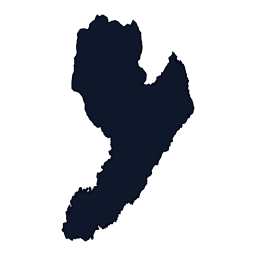 Patía, Cauca, Colombia (Equal Earth projection)
{"feature_id": "7082276B46133695651434", "entity_name": "Patía", "entity_type": "district", "adm_level": 2, "iso_a3": "COL", "parent_name": "Colombia", "parent_adm1": "Cauca", "projection": "equal_earth", "projection_center": [-77.047, 2.133], "detail": "fine", "context": "isolated", "style": "filled", "palette": "ink", "viewbox_px": 256, "rotation_deg": 0, "n_neighbors": 0, "source": "geoboundaries", "source_scale": "gbopen_adm2", "svg_char_len": 5751}
<svg xmlns="http://www.w3.org/2000/svg" viewBox="0 0 256 256"><path d="M72.2,88.4L74.4,90.7L76.9,91.1L79.7,92.5L83.0,96.8L84.0,100.8L85.2,103.2L85.6,105.1L85.3,106.3L85.3,109.1L85.8,110.6L87.2,113.1L87.1,114.1L87.7,115.2L88.4,115.5L89.2,117.6L90.8,120.0L92.2,121.1L92.8,122.2L93.6,122.5L94.2,124.5L95.7,125.3L97.4,127.0L98.5,127.0L100.1,126.3L101.4,127.0L101.6,128.5L102.2,129.5L102.2,130.8L103.7,131.7L104.4,134.3L105.1,135.0L105.8,134.9L106.1,136.4L107.5,136.5L108.2,137.5L110.0,136.8L111.8,137.4L111.0,139.3L111.5,141.3L111.2,143.2L111.4,143.8L110.9,144.6L111.7,144.9L111.5,146.7L112.1,146.9L112.3,148.0L112.3,149.2L111.5,149.9L111.1,151.7L110.6,151.9L110.0,151.1L109.2,151.7L110.1,154.5L112.1,155.8L111.8,157.1L111.2,157.7L110.9,159.5L110.2,160.2L109.0,159.5L108.1,160.8L104.9,163.0L103.8,166.3L103.2,166.6L101.9,166.4L101.9,167.6L103.6,169.2L103.6,170.0L103.0,171.3L101.6,171.9L99.2,173.8L98.0,173.1L97.7,173.3L97.1,177.1L98.3,178.8L97.1,184.2L97.8,186.0L97.5,186.7L94.5,187.0L94.0,188.7L92.8,190.0L92.7,191.5L92.3,192.0L90.8,191.0L90.5,187.9L90.0,187.5L89.4,188.4L90.1,190.6L89.2,191.4L88.7,193.0L87.3,192.7L86.5,191.5L86.6,190.3L87.9,189.0L87.7,188.3L87.0,188.3L86.6,189.7L85.8,190.0L84.2,189.5L83.6,189.7L82.9,191.5L82.3,191.9L81.5,191.1L81.4,188.4L80.9,187.9L80.2,187.9L79.6,188.5L78.7,192.0L78.2,192.4L76.9,192.1L75.3,193.5L75.2,194.7L75.8,196.0L75.5,197.1L75.0,197.2L74.8,196.6L74.0,196.2L73.2,196.5L72.6,197.5L72.1,199.6L70.9,200.9L70.8,202.3L72.5,206.2L71.3,207.7L70.4,208.0L69.9,207.5L69.8,205.6L69.2,206.1L67.9,208.9L67.8,209.8L68.2,210.7L69.3,211.4L69.6,212.2L69.5,212.6L68.0,212.4L66.9,211.6L66.5,211.7L66.3,213.6L67.0,215.2L66.8,218.7L67.4,220.3L67.4,221.8L67.2,222.4L65.9,223.2L64.6,223.2L63.6,223.8L63.6,228.1L62.3,229.8L63.2,231.3L64.6,232.0L64.9,234.2L66.5,238.1L67.2,238.1L68.2,237.3L72.0,240.0L72.4,239.9L72.9,238.5L73.7,238.1L74.8,237.9L75.2,238.5L75.9,238.4L76.7,237.0L78.1,238.0L81.1,237.0L81.8,238.1L82.7,238.4L84.9,240.4L86.0,240.6L87.9,239.1L88.7,239.0L89.0,238.3L88.9,237.3L90.3,236.7L91.0,236.8L91.9,238.7L92.5,238.8L92.9,238.0L92.6,235.8L92.9,234.4L94.9,229.9L96.1,228.9L97.1,229.4L98.4,229.0L98.3,228.4L96.9,226.7L97.7,225.9L98.1,224.5L99.5,224.7L100.2,226.6L101.8,227.3L102.9,228.6L103.8,227.9L105.0,227.8L105.9,224.6L106.5,224.8L106.9,226.6L107.4,226.0L107.5,224.8L109.3,224.5L109.4,222.9L111.9,223.6L112.5,223.1L113.0,221.7L113.4,221.4L114.9,220.8L115.6,221.3L115.8,220.0L116.8,219.4L116.5,218.0L117.9,216.0L117.7,214.8L117.9,213.7L119.2,213.3L119.8,213.5L120.0,212.9L119.9,210.9L121.0,210.0L121.4,210.1L121.8,209.5L122.2,209.6L123.5,205.5L124.8,204.9L125.3,204.0L125.5,201.9L126.2,202.1L127.1,203.1L128.5,201.9L129.1,201.8L130.9,203.7L132.1,201.7L132.5,203.3L134.2,199.8L135.7,199.1L136.9,197.5L137.0,196.5L137.8,196.3L138.2,197.4L138.5,197.3L139.4,193.6L140.3,191.9L141.7,189.8L143.4,188.9L144.7,185.7L146.5,183.6L146.6,183.0L146.1,182.6L146.7,180.9L146.4,178.7L146.5,177.3L147.6,177.0L148.5,175.8L149.7,175.6L151.2,173.8L151.4,173.2L150.9,169.7L152.0,168.6L152.5,167.3L154.9,164.2L156.7,164.6L157.6,164.2L158.2,160.9L160.7,156.8L161.2,154.7L162.0,152.8L163.9,150.8L165.4,151.2L167.9,150.0L168.3,148.7L168.2,147.3L168.8,145.8L169.6,145.6L169.9,145.0L169.9,142.7L170.5,142.0L172.3,141.1L171.9,139.2L172.1,137.9L172.5,137.0L173.1,136.6L173.6,134.8L174.7,134.4L176.6,130.5L179.0,129.0L179.3,128.4L179.2,127.3L179.8,126.6L181.2,127.2L181.9,125.7L181.5,124.5L181.8,123.4L184.6,122.9L186.2,120.7L186.7,118.9L187.6,118.0L188.0,117.1L189.0,117.3L189.5,115.9L188.6,115.7L188.5,115.1L190.7,114.3L192.5,112.9L193.7,107.7L192.8,105.4L192.5,102.8L192.0,101.9L191.7,100.4L190.9,99.1L190.1,98.8L190.1,97.7L189.7,97.6L189.4,96.8L189.3,94.8L188.4,93.8L188.7,90.7L188.3,90.5L187.8,91.2L187.8,89.5L187.2,89.5L187.3,87.5L187.6,87.5L187.7,87.0L187.4,86.8L186.8,87.1L186.6,86.7L186.7,86.2L187.1,86.5L187.9,85.8L187.2,83.4L188.2,81.5L188.2,80.6L187.6,80.5L187.7,79.8L187.3,79.2L187.4,78.3L186.5,77.9L186.1,76.7L186.2,76.1L186.0,75.4L186.3,74.2L185.5,73.6L185.0,70.2L184.4,69.6L184.6,68.4L184.0,67.2L184.2,66.8L183.5,65.9L183.1,64.7L182.4,64.9L181.7,63.4L181.4,63.7L181.2,62.4L180.8,62.5L180.7,63.6L180.4,63.6L180.3,61.4L179.2,62.5L179.0,61.8L178.5,61.8L178.6,61.1L177.7,60.6L177.2,61.6L176.7,60.6L176.2,60.6L176.3,59.8L175.7,60.1L175.7,59.3L175.2,58.8L176.0,58.4L176.5,56.6L175.4,55.7L173.6,53.0L172.9,52.5L172.8,54.2L172.3,55.1L170.9,56.7L169.2,57.8L169.2,58.8L170.1,61.7L169.8,62.6L168.1,64.1L167.6,65.8L166.2,67.1L163.4,72.7L161.8,73.1L161.8,74.7L161.5,75.9L159.7,76.2L157.1,77.5L157.2,79.8L155.2,82.4L154.5,83.8L154.1,83.9L153.2,83.4L152.7,83.6L150.4,85.9L148.6,84.3L147.4,85.2L146.5,85.4L143.9,84.6L141.5,84.7L141.7,84.2L142.7,83.7L145.6,79.9L146.0,74.1L145.2,72.8L144.5,72.6L144.3,71.4L143.6,71.2L142.1,68.5L139.7,67.9L138.8,66.6L138.1,66.8L138.1,65.8L137.4,65.5L137.9,64.2L137.5,63.6L137.2,61.6L136.9,61.4L137.2,61.3L137.7,59.8L138.8,59.7L139.5,58.6L139.3,58.0L139.6,57.5L139.7,55.6L141.2,52.1L141.9,47.5L141.5,44.2L140.8,43.1L140.9,42.3L141.4,42.3L140.7,39.4L140.8,38.8L140.4,38.5L140.7,37.1L140.3,34.1L140.7,33.2L138.3,29.9L138.0,27.5L137.2,27.1L137.1,26.3L135.8,23.2L133.1,20.8L131.3,25.2L129.3,25.3L127.6,24.5L124.5,26.8L123.1,27.2L120.9,24.8L120.0,24.5L118.2,22.3L115.3,20.8L111.4,21.7L108.9,23.2L108.2,23.1L107.7,22.5L107.7,20.3L106.7,17.6L103.1,15.4L102.2,15.4L99.9,17.0L98.3,16.3L97.3,15.4L96.2,17.2L95.2,20.0L94.3,21.2L93.1,21.2L91.8,22.8L90.5,23.6L89.9,24.8L89.8,26.7L88.6,29.4L87.5,29.9L84.0,29.0L81.2,29.3L80.0,30.1L77.5,34.2L78.0,36.0L78.1,38.0L77.4,40.4L77.5,43.0L76.9,44.5L76.9,48.6L77.1,50.2L77.5,50.6L77.4,53.2L76.4,55.9L75.6,56.7L75.2,57.8L74.6,58.2L75.0,59.6L74.9,62.3L75.1,63.3L74.7,65.3L74.2,65.7L74.7,67.1L74.5,71.9L73.0,74.9L72.2,82.4L72.2,88.4Z" fill="#0f172a" stroke="#020617" stroke-width="1.5"/></svg>